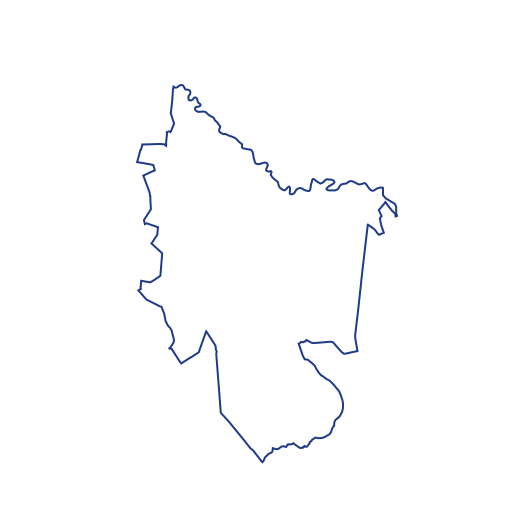 outline of Krapes pag., Ogre, Latvia, rotated 46°
{"feature_id": "27541924B6924780899124", "entity_name": "Krapes pag.", "entity_type": "district", "adm_level": 2, "iso_a3": "LVA", "parent_name": "Latvia", "parent_adm1": "Ogre", "projection": "albers", "projection_center": [25.205, 56.742], "detail": "fine", "context": "isolated", "style": "outline", "palette": "blue", "viewbox_px": 512, "rotation_deg": 46, "n_neighbors": 0, "source": "geoboundaries", "source_scale": "gbopen_adm2", "svg_char_len": 6089}
<svg xmlns="http://www.w3.org/2000/svg" viewBox="0 0 512 512"><g transform="rotate(46 256 256)"><path d="M432.3,317.5L432.0,317.3L431.2,316.6L429.7,314.5L429.3,313.5L429.2,312.4L429.5,308.4L429.4,307.4L429.2,306.4L428.8,304.8L428.1,303.1L427.5,301.6L426.7,300.4L425.3,298.5L422.2,295.6L419.8,294.0L414.6,291.5L411.2,290.3L409.5,289.9L407.7,290.0L404.2,289.6L398.7,289.5L396.6,289.7L394.0,290.6L391.1,291.2L389.0,291.4L387.3,292.0L385.4,292.0L383.1,291.8L381.9,291.5L378.9,291.0L375.9,290.0L374.3,290.0L371.2,290.2L369.4,290.5L366.9,290.7L365.3,291.7L364.2,292.7L360.5,291.7L348.7,286.2L349.1,285.4L349.2,284.8L349.0,283.8L349.1,283.3L350.1,282.6L350.5,282.1L351.0,281.7L351.0,280.9L351.1,280.5L351.8,279.7L351.7,279.2L351.4,278.6L351.4,278.2L351.6,278.0L356.5,276.5L357.5,275.9L358.6,275.1L366.4,265.7L368.7,262.8L370.1,261.4L371.4,260.7L372.6,260.5L374.5,260.7L384.8,261.1L387.5,260.6L388.6,259.2L392.6,252.6L394.9,249.1L383.5,241.3L382.8,240.5L382.0,239.9L367.2,221.7L340.5,189.7L311.1,153.8L311.1,153.7L317.9,152.4L320.1,152.3L324.2,152.9L326.1,152.8L326.3,152.7L326.4,152.4L328.1,147.9L320.9,144.6L315.0,140.8L314.5,137.9L308.3,135.8L307.9,132.0L307.8,131.4L307.6,128.3L307.0,125.4L307.7,125.4L310.5,126.0L312.5,126.1L313.3,126.3L317.6,126.6L317.9,126.8L318.4,126.6L320.8,126.6L321.8,126.3L322.2,126.3L323.1,127.1L324.5,128.1L325.1,126.7L322.7,125.5L317.8,120.9L315.1,119.9L304.6,122.6L300.5,122.4L295.1,117.3L294.2,118.1L293.2,118.8L292.7,119.7L292.1,120.8L291.6,121.9L291.3,123.2L290.7,125.9L290.4,126.4L289.9,127.0L288.6,127.6L287.2,127.7L285.3,127.6L280.9,126.9L279.4,127.0L278.8,127.5L276.9,131.3L276.1,132.1L274.6,132.9L270.7,134.1L268.7,135.1L267.9,135.9L267.2,137.0L267.0,138.1L266.7,138.8L266.8,139.9L266.5,140.8L266.0,141.4L265.7,142.0L265.0,142.7L263.7,145.4L263.8,146.4L263.9,146.8L264.2,148.3L264.6,149.3L264.7,150.1L264.6,151.2L264.4,152.2L263.9,152.9L263.7,153.5L262.0,155.4L259.6,157.8L258.7,158.5L257.8,158.8L256.7,158.7L256.4,157.7L256.4,155.4L257.7,150.2L257.5,148.4L257.0,148.1L256.3,147.8L255.2,147.9L252.9,149.1L251.7,150.4L250.7,151.0L249.9,152.0L249.6,153.3L249.5,154.6L249.7,155.8L249.5,156.7L249.5,157.2L248.8,159.1L248.3,159.5L244.7,160.4L243.2,160.7L242.3,160.6L241.1,160.9L240.2,161.5L240.2,162.2L240.7,163.3L241.8,164.8L242.5,166.4L245.9,170.9L246.2,171.9L246.0,172.8L245.6,173.3L243.3,174.8L240.2,175.9L239.1,176.2L237.7,177.0L237.0,178.2L236.5,179.5L236.3,180.8L237.1,183.9L237.3,185.5L236.8,186.8L236.2,187.7L235.1,188.4L234.3,188.1L233.3,187.2L232.7,186.2L231.3,184.8L230.0,184.0L229.2,183.9L228.8,184.5L228.6,185.8L228.8,186.6L228.9,187.6L228.8,189.6L227.1,190.8L223.1,191.4L221.5,190.9L218.1,189.0L216.5,188.9L214.9,189.3L211.1,189.6L207.9,189.1L207.4,188.4L206.8,187.0L206.4,186.5L205.6,186.2L205.3,186.4L204.5,187.7L203.8,188.5L202.0,189.2L201.3,189.1L200.5,188.1L199.8,186.3L199.3,185.6L199.2,184.7L198.6,184.3L197.1,183.6L195.3,184.3L193.5,187.0L193.1,188.1L191.8,190.3L190.9,191.1L189.7,191.7L188.6,191.9L187.4,191.5L186.0,190.6L183.2,189.2L182.4,188.4L179.8,186.9L179.2,186.3L176.4,185.8L175.2,186.4L174.9,186.8L170.3,190.0L169.1,190.6L168.1,190.5L167.0,189.6L166.3,188.6L166.0,188.4L162.2,188.9L158.2,188.8L156.1,189.3L154.0,190.1L150.2,192.1L147.5,193.0L146.8,193.3L146.0,194.5L143.9,195.5L141.7,196.0L140.2,195.5L139.5,194.7L139.2,194.1L138.2,191.9L137.4,191.6L135.5,191.6L133.2,191.0L129.8,191.3L127.4,190.5L126.6,190.5L122.9,191.8L120.8,192.1L117.8,192.2L116.8,192.6L115.6,193.4L112.6,197.0L111.9,197.6L110.2,198.2L108.7,198.2L107.8,197.5L107.3,197.0L107.1,196.0L107.2,195.4L108.8,193.4L109.1,192.4L109.2,191.7L109.1,191.2L108.7,190.8L107.6,190.6L106.2,191.0L105.0,190.8L103.5,190.1L102.6,189.5L101.7,189.2L100.7,189.2L99.9,189.4L99.4,190.0L99.1,190.8L99.4,191.8L99.5,193.2L99.0,194.5L98.6,195.1L97.6,195.8L96.8,195.8L95.6,195.1L94.9,194.4L94.2,193.6L94.0,192.5L93.8,191.0L92.8,189.6L91.6,188.9L90.9,188.7L89.5,189.3L88.8,189.7L87.3,191.0L86.2,191.0L85.5,190.6L83.8,190.3L82.7,190.0L82.4,190.1L81.5,190.7L80.6,191.5L80.3,192.5L79.9,195.3L79.5,196.4L78.3,197.6L77.0,197.5L76.8,197.6L78.5,200.0L85.7,207.9L94.2,218.2L103.9,223.0L105.5,226.8L107.2,230.4L106.9,231.4L107.1,231.6L105.9,232.1L105.6,232.4L105.0,234.3L105.6,234.6L106.4,235.3L111.9,241.8L113.8,243.5L114.3,244.1L111.7,244.5L110.2,246.1L109.5,246.4L100.7,256.1L96.8,260.3L97.2,260.6L99.7,265.2L99.5,265.5L105.9,276.3L109.6,273.5L116.2,268.7L119.3,266.7L124.1,269.3L123.1,272.1L122.9,272.4L119.9,281.2L136.1,288.3L139.3,290.5L139.4,290.4L144.5,295.0L149.4,299.1L152.3,311.7L155.9,313.8L156.6,311.9L167.2,306.5L172.1,312.2L174.4,322.5L188.9,321.6L203.8,338.5L202.6,345.7L201.5,350.4L194.1,355.8L199.0,361.5L199.7,361.7L199.0,364.5L211.1,365.1L225.5,360.1L226.7,359.3L227.0,359.3L233.5,362.0L240.0,366.2L244.8,367.7L248.6,367.8L251.4,368.7L259.1,373.1L259.6,373.6L260.9,375.2L262.1,380.1L262.3,382.5L262.5,382.5L264.4,381.2L277.6,383.9L281.4,384.4L283.5,373.5L283.7,373.4L285.5,364.1L284.4,361.8L284.2,361.6L275.6,344.2L276.1,344.2L292.2,347.4L293.3,348.1L295.6,350.0L296.8,350.3L297.4,350.6L298.8,352.6L344.4,390.3L355.0,390.5L373.6,392.0L390.8,393.6L393.7,393.1L408.3,394.7L408.8,394.6L408.6,393.1L408.4,392.3L407.1,389.7L407.2,389.0L407.1,385.8L407.2,384.0L407.4,383.4L408.0,381.8L408.2,381.0L407.9,379.9L407.6,379.4L405.9,377.4L408.9,375.7L409.3,375.4L409.7,374.9L410.5,373.2L410.6,371.1L410.9,369.9L411.2,369.4L412.1,368.3L414.3,367.0L413.7,364.5L413.9,364.5L414.2,363.9L414.3,363.0L415.8,361.9L415.9,361.5L416.4,360.7L416.5,359.9L416.7,359.1L418.2,359.0L423.7,358.0L424.1,357.9L425.4,357.1L426.0,356.1L426.0,355.9L425.9,355.7L426.0,355.4L426.6,355.2L426.7,354.5L426.3,353.7L426.3,353.1L427.3,352.9L428.3,352.2L428.5,351.8L428.5,351.3L428.4,350.4L428.1,349.3L428.2,347.9L427.8,347.4L427.2,346.4L427.4,345.6L427.6,345.4L427.6,345.0L427.6,344.7L427.3,344.2L427.3,343.7L427.1,343.0L427.3,342.6L427.6,341.4L427.7,340.1L427.8,339.7L428.1,339.2L429.6,338.3L430.7,337.4L432.5,335.2L433.1,334.3L433.9,332.6L434.8,328.8L435.2,327.7L435.2,326.4L434.7,324.1L433.4,321.8L432.7,320.1L432.4,319.3L432.4,318.2L432.4,317.8L432.3,317.5Z" fill="none" stroke="#1e3a8a" stroke-width="2"/></g></svg>